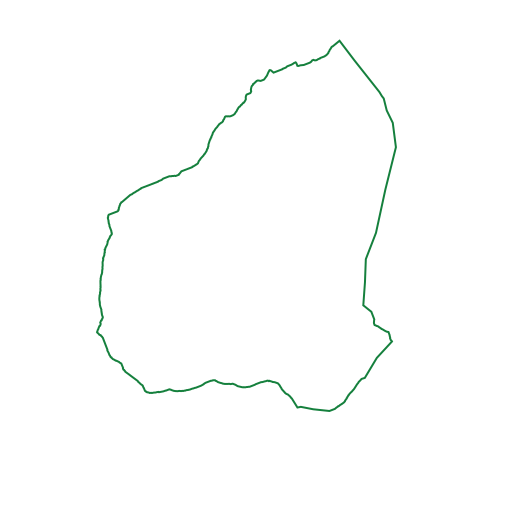 Curridabat, San José, Costa Rica (Mercator projection), rotated 339°
{"feature_id": "36466004B71445254022700", "entity_name": "Curridabat", "entity_type": "district", "adm_level": 2, "iso_a3": "CRI", "parent_name": "Costa Rica", "parent_adm1": "San José", "projection": "mercator", "projection_center": [-84.034, 9.916], "detail": "fine", "context": "isolated", "style": "outline", "palette": "green", "viewbox_px": 512, "rotation_deg": 339, "n_neighbors": 0, "source": "geoboundaries", "source_scale": "gbopen_adm2", "svg_char_len": 6013}
<svg xmlns="http://www.w3.org/2000/svg" viewBox="0 0 512 512"><g transform="rotate(339 256 256)"><path d="M411.1,85.0L402.6,87.8L401.9,87.8L401.4,88.0L399.9,89.3L398.9,89.8L398.0,90.8L396.5,91.9L396.2,92.5L393.5,93.8L392.8,93.8L391.6,94.2L386.9,94.2L386.6,94.5L384.5,94.5L383.3,94.8L382.0,94.8L380.8,94.3L380.0,93.5L378.6,93.5L377.0,94.5L376.4,94.5L375.8,94.8L369.1,94.8L365.8,93.9L363.8,93.8L362.8,93.3L362.8,90.6L362.4,89.4L360.4,89.5L359.8,89.8L359.1,89.8L357.8,90.1L353.1,90.1L351.3,90.8L347.9,90.8L347.6,91.1L338.1,91.1L336.5,88.1L335.6,87.4L335.0,87.5L334.0,88.5L333.5,88.8L330.9,91.5L327.0,94.0L326.5,94.2L323.1,94.2L320.7,92.8L319.3,92.8L318.8,93.2L318.2,93.2L317.1,93.8L315.9,94.2L315.5,94.5L314.8,94.5L314.5,95.1L312.9,95.9L312.2,96.7L310.8,98.9L310.8,99.5L310.5,99.9L310.5,100.6L309.5,101.6L309.0,101.9L305.6,101.9L305.0,102.0L304.0,103.0L303.3,104.1L302.7,106.0L301.7,107.0L300.0,108.3L299.3,108.3L299.0,108.7L298.3,108.7L296.7,109.7L296.0,109.7L294.6,110.7L293.9,110.7L292.7,111.3L291.9,112.1L291.3,112.4L289.5,114.1L288.9,114.3L286.9,115.8L285.0,116.3L282.3,116.4L281.1,116.1L279.9,115.5L279.2,115.4L278.1,114.8L277.5,114.8L276.9,115.0L275.1,116.9L274.0,117.5L273.7,118.1L273.4,118.4L272.3,119.0L270.9,119.2L270.3,119.5L269.7,119.5L269.1,119.8L268.5,119.9L268.0,120.4L266.5,121.2L266.1,121.6L263.8,122.7L261.9,124.2L260.9,124.7L260.5,125.2L259.9,125.5L258.9,126.9L256.9,128.8L256.7,129.4L256.1,129.7L255.4,130.3L255.1,130.9L254.5,131.2L251.6,134.8L250.8,136.6L250.3,137.0L249.7,138.0L249.4,138.4L248.8,138.6L248.0,139.5L247.8,140.0L244.6,142.4L244.0,142.5L243.1,143.3L239.0,145.3L238.6,145.8L236.6,146.9L235.0,148.7L233.3,149.2L232.6,149.2L232.1,149.5L231.4,149.5L230.2,149.8L228.8,149.8L228.5,150.2L216.7,150.2L213.9,151.9L213.3,152.0L213.0,152.5L209.6,152.5L208.7,151.9L207.4,151.7L206.2,151.2L205.5,151.2L203.7,150.5L197.0,150.5L195.1,151.2L191.7,151.2L191.3,151.5L173.1,151.5L172.6,151.9L171.3,152.0L169.4,152.5L168.1,152.6L165.5,153.2L164.8,153.2L163.0,153.6L162.4,153.9L160.6,153.9L150.2,157.6L149.5,157.6L149.0,158.1L148.0,158.6L147.3,159.6L146.5,160.3L146.2,160.9L145.2,161.9L144.8,163.0L144.2,163.3L144.1,163.9L143.3,164.5L142.7,164.7L133.3,164.7L132.3,165.7L131.8,166.9L131.3,167.3L130.9,170.6L130.6,171.1L130.6,171.8L130.3,172.4L130.3,174.4L129.9,175.6L129.9,181.0L129.6,181.6L129.6,183.0L129.3,183.3L129.2,183.9L128.1,184.7L127.0,185.2L126.6,185.8L126.1,186.1L125.9,186.6L123.8,188.2L123.1,189.0L122.6,189.3L122.5,189.9L121.2,191.9L118.4,194.4L117.7,195.5L117.1,195.7L117.1,196.4L116.8,196.7L116.2,198.0L116.1,198.6L115.6,198.9L114.6,201.0L113.2,202.4L112.9,203.0L112.4,203.2L112.0,204.9L110.6,206.7L109.3,210.3L108.7,211.2L108.1,213.1L107.3,214.1L107.2,214.7L106.8,215.3L106.4,216.4L106.0,216.8L105.7,217.5L105.0,218.1L103.6,220.1L103.1,221.2L102.6,221.7L102.6,222.4L102.3,223.0L101.9,223.3L100.6,226.9L100.5,227.5L99.9,228.5L99.9,229.2L99.0,230.7L98.9,231.4L98.5,231.9L98.5,232.6L97.3,234.1L97.2,234.7L96.6,235.8L95.8,236.7L95.8,237.3L95.3,237.8L94.3,240.0L93.8,241.8L93.8,242.4L93.5,243.0L93.5,243.6L92.8,245.4L92.5,247.4L92.4,250.8L91.9,251.9L91.8,253.2L91.5,253.6L91.4,254.9L91.1,255.5L91.1,258.2L90.1,259.5L89.5,259.8L89.0,260.3L88.8,260.8L88.1,260.9L86.7,262.4L86.7,263.7L86.0,264.6L85.4,265.3L84.7,265.3L84.4,265.6L83.0,267.1L82.6,267.7L81.6,268.5L81.0,269.4L80.3,270.1L80.4,270.7L81.3,272.4L81.4,273.1L81.7,273.6L82.2,273.9L82.7,274.4L82.7,275.0L83.4,276.2L83.4,276.8L83.7,277.4L83.7,290.2L83.4,290.7L83.4,291.4L83.7,293.4L83.7,296.1L84.0,296.6L84.0,298.0L84.3,298.6L84.7,298.8L84.7,299.5L85.0,299.9L85.4,300.9L86.4,301.9L87.1,302.9L87.6,303.2L87.8,303.7L88.4,304.0L90.2,305.9L90.4,306.5L91.7,308.1L91.8,312.8L91.5,313.2L91.5,314.5L92.1,315.2L92.1,315.8L92.4,316.2L92.5,317.2L100.8,330.3L101.0,331.5L101.3,331.8L102.5,334.4L103.6,335.9L103.6,336.3L103.8,336.5L103.8,338.7L104.0,339.0L104.0,342.1L104.9,343.2L104.9,343.6L105.3,343.8L105.5,344.2L106.8,344.9L107.7,345.8L109.2,346.2L109.7,346.6L111.6,346.9L113.5,347.5L114.8,347.6L116.4,348.0L116.6,348.4L121.1,349.2L123.2,349.2L123.5,349.4L127.3,349.4L128.0,350.0L128.4,350.1L129.1,350.9L130.9,352.4L132.7,353.4L134.6,354.2L135.9,354.4L137.7,355.3L138.9,355.5L139.5,355.9L141.2,356.1L141.6,356.3L142.9,356.3L144.9,356.8L145.7,356.8L146.1,357.0L149.1,357.0L150.0,357.2L151.7,357.2L152.5,357.4L158.1,357.4L161.0,357.0L161.2,356.8L161.6,356.8L161.9,356.6L163.5,356.3L169.2,356.3L170.0,356.6L171.3,356.6L173.3,357.4L173.6,358.1L174.2,358.5L175.3,360.1L177.7,362.0L178.4,362.4L179.2,363.2L181.1,364.3L183.4,365.2L185.1,365.7L186.4,366.5L188.5,366.9L190.7,368.9L192.2,370.9L196.0,373.5L197.2,374.1L197.6,374.1L198.7,374.7L200.4,375.0L201.2,375.3L202.1,375.4L203.2,375.8L208.8,375.8L209.6,375.6L215.6,375.6L216.8,376.0L219.4,376.2L220.2,376.4L221.9,376.4L222.8,377.1L223.3,377.1L223.4,377.5L223.9,377.5L224.5,377.9L226.1,379.2L226.3,379.5L228.2,380.5L230.8,382.7L231.7,385.1L231.9,386.7L232.3,388.4L232.3,389.2L232.9,391.2L233.2,391.5L233.5,392.7L234.0,393.7L234.0,394.1L234.9,395.6L236.1,396.7L237.7,399.8L237.7,400.6L238.1,401.2L238.4,401.9L240.4,412.3L243.8,412.9L254.5,419.6L269.0,427.0L274.9,427.0L276.8,426.3L278.4,426.0L278.7,425.7L280.0,425.7L281.2,425.2L282.8,425.0L283.2,424.8L283.6,424.8L286.0,424.1L286.3,423.8L287.0,423.5L287.4,422.9L289.5,421.6L289.7,421.2L290.4,420.9L290.6,420.5L291.9,419.6L292.2,419.2L292.6,419.2L293.6,418.4L295.8,417.3L296.3,417.2L296.6,417.0L297.4,416.7L298.0,416.2L298.4,416.1L299.9,415.3L303.7,412.5L304.0,412.2L306.1,411.0L306.7,410.4L308.6,409.6L310.5,408.6L313.9,408.8L332.3,394.4L353.0,384.2L352.6,384.2L352.2,383.8L351.7,382.8L351.7,380.7L352.0,380.3L352.2,378.2L352.4,377.9L352.4,374.4L350.9,373.5L349.7,372.2L347.7,369.6L347.0,369.1L346.7,368.3L345.4,366.6L345.1,365.9L344.4,365.1L343.4,364.4L342.9,363.7L342.0,363.0L342.0,361.3L342.2,360.5L343.4,358.0L343.7,357.6L343.7,349.4L338.5,340.5L348.3,319.6L357.4,298.3L376.3,277.4L400.6,240.3L425.6,204.6L431.4,180.7L430.2,167.0L431.7,154.7L430.8,151.8L430.0,147.2L418.0,108.7L411.1,85.0Z" fill="none" stroke="#15803d" stroke-width="2"/></g></svg>